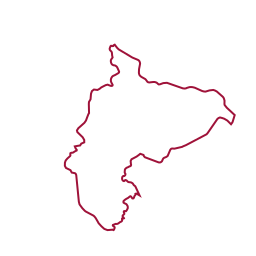 the border of Lacs, rotated 45°
{"feature_id": "CIV-3461", "entity_name": "Lacs", "entity_type": "Department", "adm_level": 1, "iso_a3": "CIV", "parent_name": "Ivory Coast", "parent_adm1": "", "projection": "orthographic", "projection_center": [-5.076, 6.892], "detail": "fine", "context": "isolated", "style": "outline", "palette": "rose", "viewbox_px": 256, "rotation_deg": 45, "n_neighbors": 0, "source": "natural_earth", "source_scale": "10m", "svg_char_len": 3874}
<svg xmlns="http://www.w3.org/2000/svg" viewBox="0 0 256 256"><g transform="rotate(45 128 128)"><path d="M183.8,167.5L180.3,168.4L180.0,168.8L179.8,169.3L180.3,169.7L180.6,170.2L180.7,171.5L181.0,172.2L181.4,172.9L181.6,173.9L181.3,174.4L180.8,174.7L178.7,174.3L177.9,174.6L177.7,175.2L177.5,177.3L176.9,179.3L176.6,180.9L176.5,182.7L177.0,183.5L177.6,183.9L178.3,183.8L179.0,183.6L180.3,183.1L180.9,183.0L183.0,183.5L183.8,184.1L184.6,185.0L185.3,187.2L185.4,188.3L184.9,188.8L184.5,188.9L184.0,189.7L184.2,190.2L184.7,190.6L185.4,190.8L186.1,191.3L186.2,192.2L186.1,193.4L186.4,194.1L187.0,194.4L188.5,194.5L189.0,194.7L188.9,195.1L188.5,195.5L187.8,195.9L187.9,196.4L189.3,197.6L189.5,198.4L189.3,199.3L188.9,200.3L188.6,202.4L188.2,203.4L187.6,204.1L187.1,204.5L185.9,207.2L186.1,207.6L186.6,207.8L188.0,207.6L188.7,207.6L189.2,208.1L189.6,208.9L190.0,209.9L189.9,210.5L189.0,210.8L185.7,214.7L182.6,216.1L178.7,216.3L174.5,216.1L173.2,215.7L172.5,215.5L171.3,215.2L170.6,215.0L168.6,214.5L166.6,214.3L165.5,214.4L157.3,216.9L156.0,217.1L152.4,217.0L147.8,216.3L145.4,214.9L124.7,197.9L123.5,197.4L122.7,197.4L122.1,197.7L119.7,199.3L117.1,198.5L112.4,200.1L110.1,199.4L107.9,197.1L106.9,195.0L106.7,192.4L106.9,188.7L106.5,187.9L105.6,187.3L105.1,186.5L105.5,185.5L106.3,184.6L106.6,184.0L106.9,182.3L107.6,180.2L107.2,179.7L105.5,179.5L103.4,178.6L105.1,176.1L106.5,174.2L106.0,172.1L107.2,169.1L105.5,167.4L102.5,166.6L95.1,166.7L93.6,165.8L93.0,163.1L93.1,162.2L93.5,155.2L93.0,152.4L91.6,149.4L90.2,146.2L89.9,145.0L83.3,138.7L82.0,137.2L81.2,134.2L77.6,129.9L76.4,127.4L76.7,124.9L79.5,122.7L80.2,120.4L80.4,118.2L81.6,114.4L82.0,113.3L83.0,111.7L84.3,111.2L86.0,110.4L86.5,110.0L86.9,109.5L87.0,108.9L86.7,108.4L84.1,107.6L83.4,107.3L82.8,107.0L82.3,106.5L81.6,105.8L81.0,104.8L80.6,103.4L80.5,102.4L80.7,101.5L81.4,99.7L82.4,95.9L82.3,95.0L81.8,94.4L78.2,93.0L77.3,92.7L76.4,92.6L75.1,92.8L74.4,93.1L74.0,93.4L73.5,93.8L72.8,94.1L72.1,94.3L71.4,94.3L70.6,94.1L69.7,93.7L68.6,92.9L67.9,92.1L67.5,90.7L67.4,89.9L67.2,89.0L65.6,88.0L63.3,86.1L62.3,85.7L61.4,85.7L60.7,85.7L60.0,85.6L59.3,85.2L58.8,84.7L58.0,83.0L57.8,82.4L57.9,81.8L58.7,81.4L59.2,81.0L59.6,80.4L59.3,79.7L59.7,78.5L63.6,79.0L65.8,79.0L81.3,75.1L86.9,72.8L87.8,72.6L88.8,72.7L90.0,73.2L90.9,73.8L91.5,74.6L94.2,78.6L96.6,81.2L97.4,81.8L98.2,82.2L99.0,82.5L100.1,82.5L101.3,82.4L105.6,81.2L106.4,81.2L109.0,81.6L109.9,81.4L110.9,80.7L113.4,77.5L114.5,76.5L116.1,75.7L117.2,75.6L118.2,75.6L119.0,75.4L119.7,74.5L121.2,71.3L123.6,68.5L138.7,61.2L140.1,60.1L140.9,59.1L141.2,58.2L142.1,56.5L142.6,55.6L143.2,54.9L144.0,54.1L144.9,53.4L146.7,52.3L154.3,49.4L156.0,48.4L157.1,47.4L159.1,43.7L161.4,40.8L163.0,40.0L165.0,39.4L173.0,38.9L174.0,39.0L175.1,39.4L176.9,40.4L179.3,42.9L180.1,43.4L183.5,43.8L194.3,43.4L197.6,49.6L197.9,50.5L198.2,52.5L193.0,52.5L189.5,53.4L187.8,54.2L185.6,55.5L185.0,56.9L184.8,58.3L187.9,75.3L188.0,76.9L181.1,99.2L180.0,101.8L179.6,103.1L175.5,109.7L173.7,111.3L173.3,112.0L173.2,112.7L173.3,113.3L173.3,113.5L174.5,116.5L175.8,119.7L175.7,120.5L175.5,121.5L174.6,123.6L174.5,124.5L174.7,125.4L175.5,127.4L175.5,128.4L175.2,129.4L174.7,130.0L174.2,130.5L173.0,131.1L160.7,136.7L159.7,136.7L159.1,136.6L158.0,136.1L154.9,137.6L154.8,138.3L154.8,138.9L154.3,142.1L152.6,147.6L153.2,149.5L153.9,150.0L155.0,151.0L156.3,151.9L156.7,152.7L156.6,153.4L156.2,154.0L155.8,155.5L155.1,157.2L155.0,158.8L155.3,159.7L157.0,161.7L157.9,162.1L158.7,162.3L159.1,162.8L159.4,163.4L159.4,164.1L159.3,164.6L158.9,164.9L158.6,165.3L158.6,166.6L159.3,167.7L160.0,168.3L160.8,168.7L161.6,168.8L162.2,168.7L162.7,168.4L162.9,167.8L162.8,167.1L163.0,166.6L163.5,166.3L164.2,166.1L165.9,166.1L166.6,165.9L167.1,165.5L168.1,164.7L168.7,164.3L169.4,164.1L170.1,163.9L170.7,163.9L172.6,164.3L173.3,164.2L173.9,164.1L174.5,164.1L183.8,167.5Z" fill="none" stroke="#9f1239" stroke-width="2"/></g></svg>